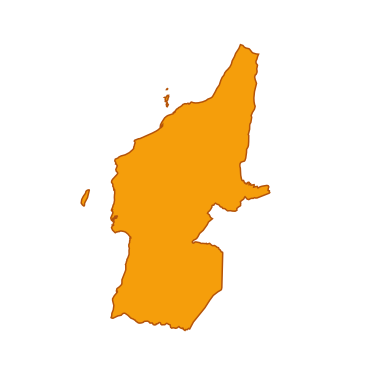 outline of Salima, Salima, Malawi, rotated 219°
{"feature_id": "42251766B16377643813547", "entity_name": "Salima", "entity_type": "district", "adm_level": 2, "iso_a3": "MWI", "parent_name": "Malawi", "parent_adm1": "Salima", "projection": "equal_earth", "projection_center": [34.375, -13.765], "detail": "fine", "context": "isolated", "style": "filled", "palette": "amber", "viewbox_px": 384, "rotation_deg": 219, "n_neighbors": 0, "source": "geoboundaries", "source_scale": "gbopen_adm2", "svg_char_len": 6070}
<svg xmlns="http://www.w3.org/2000/svg" viewBox="0 0 384 384"><g transform="rotate(219 192 192)"><path d="M247.1,337.0L245.9,333.2L245.3,327.2L244.2,323.9L243.3,319.2L241.9,316.2L241.2,312.8L241.4,310.5L241.2,310.1L241.6,308.1L241.5,305.3L240.7,302.8L240.7,300.1L239.9,297.0L238.1,292.3L237.8,288.0L236.9,284.1L236.1,279.2L236.1,278.5L236.6,276.8L238.1,274.2L238.7,271.9L240.5,268.7L243.2,265.3L245.4,263.3L247.3,262.2L249.0,261.6L249.4,260.8L249.2,259.9L249.5,258.8L249.7,258.5L250.2,258.8L250.5,258.4L251.0,258.4L251.7,257.1L253.1,256.2L254.2,254.2L254.2,252.8L254.8,250.7L255.6,248.9L255.5,247.9L256.1,246.8L256.0,243.6L256.3,242.6L256.1,242.7L255.8,243.6L255.6,243.7L255.5,243.4L256.0,241.7L255.9,241.0L258.8,236.4L259.4,234.9L259.9,232.3L259.3,227.0L258.7,224.3L257.4,222.2L257.0,222.0L256.6,223.2L256.9,223.4L256.8,224.1L257.2,224.8L257.1,225.1L256.6,224.6L257.2,225.7L257.2,225.9L256.4,224.8L256.5,222.7L257.0,221.6L257.5,218.8L258.2,216.7L259.9,212.8L266.1,200.7L267.1,199.7L269.1,196.1L268.9,195.2L267.5,194.8L267.1,194.4L266.7,193.0L265.8,191.3L265.6,190.3L264.7,189.0L264.8,187.1L265.5,183.1L267.3,178.9L269.8,175.4L270.8,173.2L271.0,171.6L272.3,169.3L271.9,168.1L271.3,167.4L270.1,167.1L269.6,166.5L269.2,166.3L269.0,165.7L268.3,166.0L266.5,165.3L265.4,161.6L264.0,160.5L262.2,160.3L261.5,159.8L261.3,158.5L261.7,151.9L261.5,150.5L261.2,149.7L260.5,148.8L258.5,148.3L257.0,146.5L256.1,146.3L253.9,144.3L253.2,144.0L253.9,144.8L253.8,145.1L253.4,144.9L251.1,142.2L250.7,141.4L249.0,139.0L247.0,136.8L245.6,134.3L245.2,133.4L245.1,132.4L244.1,130.2L243.2,127.1L242.9,127.0L243.0,127.6L242.6,127.9L242.5,127.3L240.9,126.6L240.2,125.7L238.8,120.7L237.0,119.5L235.1,119.4L235.0,119.6L235.4,120.0L236.5,120.5L236.9,121.9L236.7,122.2L235.8,122.8L235.6,123.4L235.9,123.5L235.7,123.9L235.9,124.5L236.5,124.1L236.7,124.6L236.0,125.4L235.3,124.2L235.0,124.2L235.0,124.4L235.3,124.7L235.3,125.7L234.8,126.8L234.8,125.6L234.2,124.3L234.5,123.8L235.7,122.5L235.2,120.9L233.6,119.5L233.6,118.3L232.0,116.8L232.0,116.6L233.2,116.2L232.5,115.3L232.1,113.6L229.8,112.4L226.2,112.0L225.9,112.1L225.4,113.7L225.0,114.1L224.6,114.2L224.0,115.4L223.5,115.6L223.4,116.2L222.7,117.0L220.4,118.3L218.5,119.0L215.2,119.0L212.7,118.4L211.3,118.4L210.7,117.8L211.3,117.5L211.4,117.2L210.0,115.7L209.8,114.9L208.7,113.5L207.9,111.2L206.7,109.8L205.3,108.9L204.2,107.0L201.7,104.0L200.5,100.7L200.1,98.6L199.4,97.6L199.1,96.5L198.3,95.0L198.1,93.8L197.4,93.4L194.6,90.0L194.0,88.6L191.2,79.7L189.2,77.2L188.5,75.9L188.7,72.9L189.5,69.7L188.5,67.5L187.9,67.1L187.5,67.8L187.0,67.2L187.1,62.5L186.5,59.0L185.5,57.8L181.3,54.6L179.0,50.8L177.9,47.3L176.3,44.9L175.8,43.0L175.7,43.8L175.4,43.4L174.0,44.1L171.6,49.1L169.5,51.6L169.3,53.9L168.4,55.2L167.6,55.6L164.3,55.9L160.2,55.5L157.5,56.3L156.0,56.4L155.9,56.6L154.2,56.3L151.3,56.5L150.0,57.3L148.7,58.7L147.9,60.0L147.6,61.5L145.4,63.6L144.1,64.0L142.2,63.7L140.4,65.2L138.7,64.6L137.6,65.0L136.6,66.0L136.5,66.6L136.8,67.1L135.8,67.9L135.5,69.6L135.2,70.1L134.2,70.4L133.0,69.7L132.0,69.7L129.6,71.8L129.2,73.8L128.4,74.3L127.0,74.4L125.4,75.0L123.4,73.4L122.2,73.4L121.0,74.8L118.8,75.9L118.1,77.0L117.5,79.2L115.9,79.0L114.3,79.4L113.5,80.5L112.8,80.3L112.5,79.8L110.3,80.0L110.3,81.2L109.1,82.0L108.8,83.8L107.6,84.1L109.1,91.8L109.1,110.1L110.1,119.0L110.4,125.0L109.1,130.6L107.8,134.1L107.8,134.8L108.6,136.4L129.8,164.0L130.4,164.4L131.6,163.9L133.5,164.7L135.0,164.6L136.4,165.4L137.7,164.8L138.6,164.9L140.8,164.6L142.0,163.4L143.1,163.0L146.0,163.2L147.6,161.0L148.6,161.1L149.0,160.4L151.4,158.8L152.6,157.7L154.1,157.5L157.5,155.7L158.2,155.1L158.4,153.9L158.6,153.3L159.5,152.9L159.9,153.0L160.5,153.6L160.4,155.1L160.3,156.0L159.4,157.7L159.1,159.3L159.3,161.2L160.0,164.6L159.2,169.4L159.6,176.1L160.3,179.1L159.3,184.1L161.5,183.9L164.3,185.2L166.6,185.2L166.8,186.1L166.5,189.5L167.0,192.7L167.7,193.6L167.8,194.3L167.6,194.8L166.8,195.4L167.0,196.6L166.7,198.1L164.8,198.3L163.1,199.0L160.6,198.4L159.2,199.0L157.7,198.6L156.0,199.7L152.6,199.7L150.1,201.9L148.9,202.4L146.4,204.2L145.6,206.0L146.8,207.4L146.4,209.9L145.9,211.0L145.7,211.9L145.9,212.4L146.6,213.1L147.0,213.9L148.3,214.8L148.0,216.9L147.4,219.0L147.8,221.0L147.8,221.7L144.7,221.2L143.1,221.8L142.3,223.8L141.4,224.9L140.5,225.4L139.8,227.0L138.7,227.4L137.7,228.3L131.4,239.4L131.2,240.0L131.2,240.5L131.9,240.7L132.6,241.6L133.9,241.1L135.0,242.8L135.5,244.3L136.7,244.8L137.9,244.3L141.1,240.7L142.3,239.0L143.2,236.7L143.4,236.6L144.8,237.4L145.9,236.3L147.1,234.6L148.0,236.6L148.4,236.8L150.4,234.4L151.5,235.2L151.9,235.2L152.1,235.0L152.2,233.7L152.8,234.2L153.4,235.4L154.0,235.4L154.8,234.3L154.4,232.9L155.1,232.3L155.8,232.7L156.8,232.1L159.2,233.4L160.0,232.5L160.4,232.5L162.1,233.5L164.7,235.7L169.4,240.9L171.1,242.2L172.3,243.8L172.6,244.8L172.6,246.2L170.7,249.1L170.8,250.1L171.6,252.2L174.5,257.0L176.4,259.5L176.8,262.1L177.4,263.6L179.5,266.6L183.5,271.7L184.4,272.0L186.7,277.0L189.4,280.5L189.8,281.5L190.1,283.2L192.6,287.6L194.1,288.6L195.1,291.8L195.6,295.7L196.7,298.1L197.0,298.5L198.4,299.3L200.7,301.3L203.1,304.0L206.6,309.3L210.2,317.0L213.6,319.1L215.7,320.8L216.5,322.8L216.2,323.6L216.7,325.6L217.5,326.9L219.2,328.4L220.9,331.8L223.1,332.4L224.2,333.3L224.8,334.5L225.1,335.9L226.4,338.9L227.0,341.0L228.8,339.8L231.8,338.5L233.1,338.3L236.6,339.1L237.9,339.2L240.8,337.8L242.5,337.5L244.7,337.9L247.1,337.0ZM273.4,128.9L274.5,127.5L274.8,126.2L274.7,125.5L274.0,124.0L273.7,120.0L273.0,116.8L271.2,113.7L269.1,113.0L267.4,113.0L267.0,113.5L267.1,113.8L268.5,115.9L269.7,121.9L272.9,128.7L273.4,128.9ZM269.7,245.5L268.6,245.9L268.6,246.7L268.9,247.3L268.8,248.4L269.6,249.6L269.7,250.5L270.1,251.2L270.2,251.6L270.6,251.6L271.0,252.4L272.0,251.5L271.8,250.0L271.9,249.1L272.7,248.5L272.9,248.1L271.6,248.3L271.0,247.3L270.9,246.7L270.0,246.3L269.7,245.5ZM267.4,245.0L267.3,244.2L266.9,243.6L265.7,242.9L265.5,242.5L264.9,242.7L265.4,245.0L266.3,245.1L267.2,245.7L267.4,245.0ZM276.3,256.8L276.4,255.8L276.3,255.5L275.8,255.9L275.8,256.8L276.3,256.8Z" fill="#f59e0b" stroke="#b45309" stroke-width="1.5"/></g></svg>